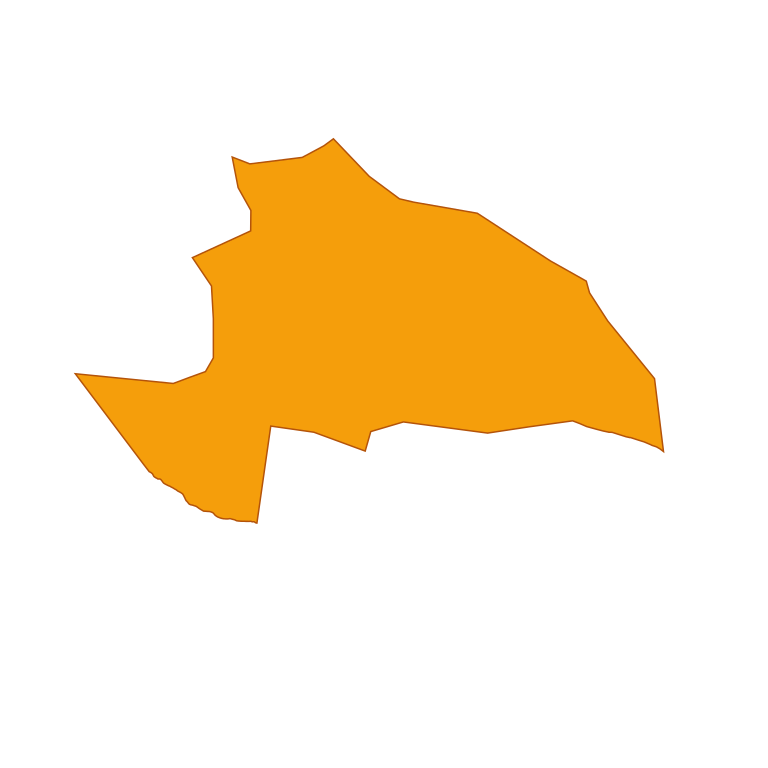 Bayan-Uul, Govi-Altay, Mongolia, rotated 207°
{"feature_id": "93677404B20408254425737", "entity_name": "Bayan-Uul", "entity_type": "district", "adm_level": 2, "iso_a3": "MNG", "parent_name": "Mongolia", "parent_adm1": "Govi-Altay", "projection": "natural_earth1", "projection_center": [95.187, 47.144], "detail": "fine", "context": "isolated", "style": "filled", "palette": "amber", "viewbox_px": 768, "rotation_deg": 207, "n_neighbors": 0, "source": "geoboundaries", "source_scale": "gbopen_adm2", "svg_char_len": 3447}
<svg xmlns="http://www.w3.org/2000/svg" viewBox="0 0 768 768"><g transform="rotate(207 384 384)"><path d="M553.4,199.3L552.9,199.3L552.1,199.3L550.9,199.2L550.6,199.1L549.9,199.0L549.8,198.9L549.3,198.7L548.7,198.3L548.4,198.1L547.6,197.5L547.1,197.2L546.4,197.0L545.4,196.9L544.7,196.8L543.7,196.9L543.1,196.8L542.6,196.7L542.2,196.8L541.7,197.0L541.1,197.4L540.5,197.6L540.2,197.6L539.8,197.6L539.4,197.5L539.0,197.4L538.5,197.1L537.7,196.8L537.5,196.7L536.6,196.2L535.7,195.8L535.3,195.7L535.1,195.6L534.5,195.6L533.8,195.5L533.7,195.5L533.0,195.5L532.3,195.5L532.2,195.5L531.3,195.5L531.1,195.5L530.9,195.5L530.6,195.5L530.4,195.5L529.9,195.5L529.7,195.5L529.3,195.6L528.5,195.7L528.0,195.7L527.4,195.6L526.7,195.6L525.8,195.6L524.8,195.6L522.6,195.4L521.6,195.4L521.1,195.4L520.7,195.4L520.4,195.2L520.2,195.2L519.7,195.1L519.2,195.0L518.6,195.0L518.1,195.0L517.4,195.0L517.0,195.0L516.5,195.0L516.1,195.0L515.3,194.9L514.5,194.8L514.0,194.7L513.4,194.6L513.0,194.3L512.7,194.2L512.2,193.8L511.4,193.3L511.1,193.0L509.8,192.1L508.6,191.1L507.8,190.6L507.3,190.3L507.3,190.2L506.8,190.1L506.3,189.9L505.7,189.7L504.8,189.3L504.0,188.9L503.2,188.6L502.8,188.5L502.6,188.5L502.4,188.6L501.9,188.6L501.5,188.6L500.9,188.8L500.5,188.9L500.0,189.0L499.4,189.2L498.4,189.3L497.1,189.5L496.5,189.6L496.4,189.7L496.0,189.7L495.4,189.7L494.8,189.6L494.3,189.5L494.2,189.5L493.4,189.4L492.4,189.2L491.5,189.1L490.4,189.0L489.5,189.0L489.2,189.0L488.9,188.9L488.5,188.9L488.4,188.9L488.0,188.9L487.9,188.9L487.5,188.8L487.3,188.8L487.2,188.8L486.9,188.9L486.6,189.0L486.2,189.2L485.9,189.3L485.7,189.4L485.0,189.7L483.7,190.2L482.8,190.6L482.1,190.9L481.4,191.2L480.5,191.4L479.9,191.5L479.7,191.5L479.0,191.6L478.2,191.6L477.5,191.5L477.2,191.4L476.7,191.2L476.3,191.0L475.8,190.8L474.9,190.4L474.2,190.3L473.2,190.1L472.5,190.1L471.9,190.0L471.1,190.1L470.7,190.1L470.3,190.2L470.0,190.2L469.7,190.2L468.6,190.4L468.4,190.4L468.1,190.5L467.5,190.6L467.1,190.7L466.5,190.9L465.8,191.1L465.3,191.3L464.7,191.6L463.9,191.9L462.7,192.5L461.9,192.9L461.3,193.3L460.9,193.6L460.5,193.9L460.2,194.1L459.9,194.2L459.5,194.3L459.2,194.4L458.9,194.4L458.5,194.5L458.0,194.6L457.4,194.7L456.7,194.9L455.3,195.2L455.1,195.2L454.9,195.2L454.7,195.2L454.4,195.2L454.0,195.2L453.8,195.2L453.4,195.2L453.1,195.3L452.7,195.4L452.4,195.5L452.2,195.6L451.6,195.8L451.3,195.9L450.9,196.1L450.4,196.3L450.1,196.4L448.5,197.1L448.3,197.2L447.1,197.8L446.1,198.3L444.7,198.9L442.9,199.8L441.7,200.4L441.1,200.8L440.7,201.0L440.4,201.1L440.2,201.2L439.9,201.3L439.5,201.3L439.2,201.3L438.8,201.4L438.5,201.6L438.4,201.6L438.0,201.9L437.8,202.0L437.1,202.3L436.8,202.3L436.7,202.3L436.3,202.2L435.8,202.1L435.4,202.1L434.9,202.1L434.6,202.2L434.1,202.4L465.8,295.1L424.6,309.2L370.3,315.7L374.2,335.6L349.5,359.0L269.4,387.3L246.5,403.7L235.6,411.5L199.2,436.8L191.9,437.6L184.1,438.1L174.3,440.1L167.5,441.6L161.5,443.2L160.1,443.9L158.8,444.5L152.1,445.6L144.3,446.9L142.8,447.3L140.8,447.8L140.0,448.2L130.0,449.8L126.0,450.5L119.0,451.0L117.3,451.0L112.7,451.7L108.8,451.5L104.3,450.7L145.4,511.6L213.2,541.7L242.2,558.5L250.5,567.5L291.5,569.2L378.4,578.5L440.1,559.5L454.3,556.0L491.4,562.3L540.4,579.5L545.8,568.8L559.7,548.8L603.5,519.2L622.3,517.3L603.1,492.7L581.4,478.2L572.3,459.9L612.1,409.6L582.2,393.0L565.7,364.7L547.9,329.8L548.7,314.0L560.2,301.7L572.0,288.8L663.7,253.0L561.8,203.3L553.4,199.3Z" fill="#f59e0b" stroke="#b45309" stroke-width="1.5"/></g></svg>